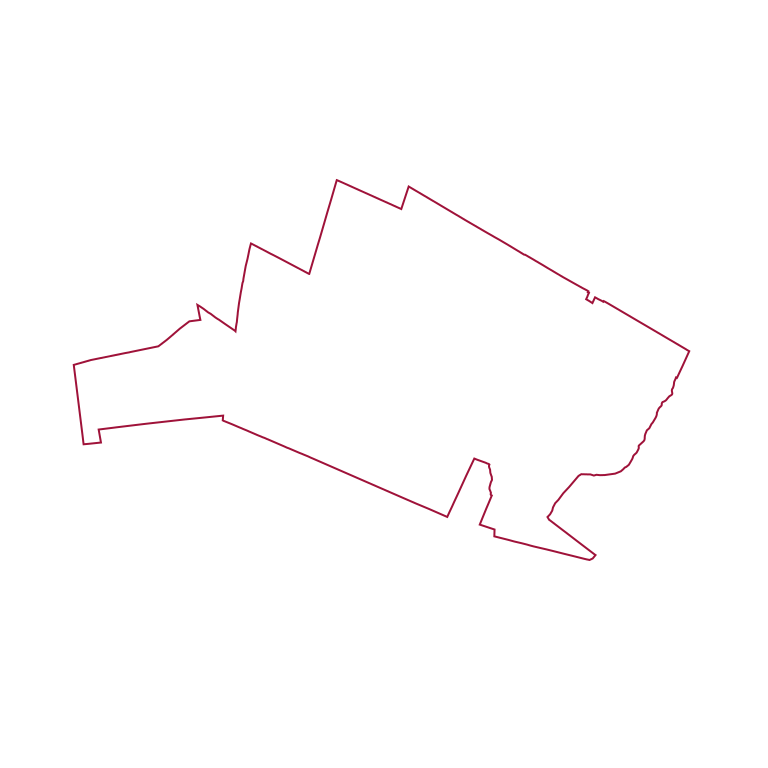 Gheraseni, Buzau, Romania (Natural Earth projection), rotated 80°
{"feature_id": "2599482B74363145879351", "entity_name": "Gheraseni", "entity_type": "district", "adm_level": 2, "iso_a3": "ROU", "parent_name": "Romania", "parent_adm1": "Buzau", "projection": "natural_earth1", "projection_center": [26.807, 44.997], "detail": "fine", "context": "isolated", "style": "outline", "palette": "rose", "viewbox_px": 768, "rotation_deg": 80, "n_neighbors": 0, "source": "geoboundaries", "source_scale": "gbopen_adm2", "svg_char_len": 4418}
<svg xmlns="http://www.w3.org/2000/svg" viewBox="0 0 768 768"><g transform="rotate(80 384 384)"><path d="M391.2,690.3L391.6,685.6L392.5,672.9L379.3,672.9L380.1,657.4L380.2,655.1L381.7,627.8L382.0,622.8L384.3,586.6L385.6,569.6L387.2,547.9L391.8,549.1L391.9,548.9L392.2,548.6L392.5,548.3L392.7,547.9L397.4,540.4L401.4,534.3L402.4,532.7L402.9,531.9L403.6,530.9L406.0,527.1L406.6,526.2L406.8,525.9L407.3,525.2L407.8,524.4L408.2,523.8L410.1,520.9L411.3,519.1L411.8,518.3L412.0,518.1L412.2,517.7L413.0,516.5L413.6,515.5L414.1,514.7L414.6,513.9L415.3,512.9L415.5,512.5L415.7,512.2L415.8,512.1L415.9,511.8L416.3,511.1L416.9,510.2L418.0,508.6L418.3,508.0L418.6,507.6L428.4,492.7L429.1,491.7L429.6,491.0L430.1,490.2L430.7,489.1L437.3,479.0L437.9,478.0L438.8,476.5L439.1,476.1L442.2,471.2L443.7,469.1L445.2,466.8L498.7,386.2L507.1,373.5L514.8,361.5L525.9,344.8L521.1,341.5L516.3,338.1L516.0,337.9L513.2,336.0L503.9,329.5L488.5,318.9L473.1,308.0L474.8,305.3L475.7,303.7L479.3,297.4L480.2,296.2L480.9,294.8L481.6,294.2L482.2,294.5L482.8,294.8L483.3,294.9L484.2,294.9L485.5,294.7L485.8,294.6L486.2,294.5L486.6,294.4L490.0,294.7L491.3,294.5L491.9,294.4L492.6,294.3L494.0,294.0L496.1,294.2L497.2,294.3L497.6,294.6L498.2,295.0L498.7,295.4L498.8,295.5L500.1,296.2L500.4,296.4L500.6,296.4L502.2,297.2L503.9,298.0L505.7,298.4L508.4,297.8L509.8,297.6L511.0,298.1L511.8,298.0L512.5,297.2L519.4,301.6L524.3,304.8L532.7,310.1L539.1,314.1L541.7,309.3L546.5,300.4L553.2,301.8L556.2,295.1L559.2,288.4L561.8,282.9L564.7,276.1L567.1,270.8L568.3,268.4L570.0,264.7L575.2,252.5L577.8,246.6L582.6,235.9L586.0,228.2L589.7,219.9L591.0,217.0L591.5,215.8L592.0,214.7L592.2,214.1L592.6,213.1L593.0,212.2L592.1,208.8L589.2,205.4L588.4,206.2L571.7,221.6L568.3,224.7L546.8,244.5L546.5,244.9L543.4,246.1L541.2,243.1L537.9,240.3L534.9,239.0L531.1,236.1L528.4,232.4L522.7,226.4L517.6,219.6L508.3,208.4L507.1,205.4L508.4,199.0L508.9,196.4L510.6,193.2L510.3,190.5L511.3,187.1L512.0,182.4L512.4,171.9L511.1,165.9L509.4,163.1L508.1,161.4L507.7,159.8L506.1,156.9L503.3,154.5L500.9,152.5L499.9,151.9L499.5,151.7L498.3,151.1L497.2,149.9L496.0,147.9L495.4,147.1L493.1,145.3L491.8,144.4L490.7,144.1L489.4,144.0L488.9,143.7L485.4,138.2L484.3,137.2L482.9,136.7L482.2,136.6L481.5,136.4L480.2,136.1L478.2,135.1L477.8,134.8L475.3,133.2L473.8,130.7L473.5,130.3L469.9,127.6L468.6,126.0L464.3,122.3L463.0,121.4L462.6,121.2L461.6,120.7L460.5,120.4L459.8,120.3L456.3,118.0L455.8,117.6L455.3,117.0L454.6,116.1L454.3,115.5L453.5,114.5L452.8,114.1L451.6,113.9L451.0,113.6L450.2,112.9L449.7,110.7L449.1,109.3L448.5,108.5L447.4,107.3L445.7,105.2L444.9,103.2L444.5,102.4L443.9,101.9L443.2,101.7L440.9,101.7L440.1,101.6L439.2,101.2L438.0,100.1L437.5,99.8L435.7,98.9L433.5,98.2L432.6,98.0L431.4,97.3L430.7,96.8L429.7,96.1L429.2,95.8L428.7,95.6L428.2,95.2L428.9,94.5L428.7,94.3L428.4,94.1L423.4,90.6L418.3,87.0L410.4,81.6L404.7,77.7L402.9,79.9L402.2,80.6L373.0,114.8L367.4,121.4L343.8,149.1L341.5,151.9L340.5,153.2L341.1,153.8L340.0,155.0L337.6,158.3L336.5,159.6L335.3,161.1L340.5,164.7L337.8,167.6L335.6,170.2L333.5,168.7L331.4,167.5L330.9,167.1L330.1,166.5L329.8,166.3L329.1,167.3L328.2,166.6L327.1,167.8L326.0,169.2L324.1,171.7L316.6,180.9L313.8,184.3L313.3,184.9L312.0,186.5L309.8,189.2L298.3,202.6L294.6,206.8L292.3,209.5L291.9,210.0L290.3,211.8L289.7,212.6L287.5,215.1L281.2,222.6L281.0,223.5L271.5,234.3L267.5,238.9L265.3,241.5L261.7,245.7L258.7,249.4L256.4,252.1L253.6,255.5L250.5,259.2L236.7,275.5L221.6,293.0L210.0,306.5L193.8,325.4L214.7,336.6L188.8,374.7L176.9,392.2L176.5,392.8L175.1,394.9L175.0,395.1L176.6,395.9L193.1,404.0L199.9,407.4L205.5,410.2L215.1,414.9L228.7,421.6L235.0,424.8L262.6,438.5L262.5,438.8L252.5,451.6L246.9,458.8L241.7,465.5L236.6,472.2L236.6,472.3L228.7,482.5L222.7,490.3L222.5,490.6L223.1,490.9L227.9,493.1L232.8,495.0L237.3,496.8L243.8,499.7L249.8,501.9L255.8,504.1L256.8,504.4L258.2,504.8L259.9,505.8L261.8,506.5L265.0,507.6L268.9,509.1L272.9,510.5L275.5,511.4L279.1,512.7L288.3,515.6L289.9,516.0L294.3,517.3L297.6,518.2L298.5,518.6L302.2,519.9L304.7,520.6L306.3,521.1L305.6,521.6L297.2,530.2L291.8,535.6L291.2,536.4L289.1,538.6L284.8,542.5L282.9,544.8L278.6,548.7L275.6,551.8L273.7,554.0L286.1,553.8L289.0,553.7L288.5,564.5L288.5,564.8L294.0,575.4L301.1,587.3L302.9,590.4L307.7,599.7L308.1,614.1L308.5,628.4L308.6,629.3L308.6,633.4L309.5,668.5L311.3,686.2L382.1,689.8L389.2,690.2L391.2,690.3Z" fill="none" stroke="#9f1239" stroke-width="2"/></g></svg>